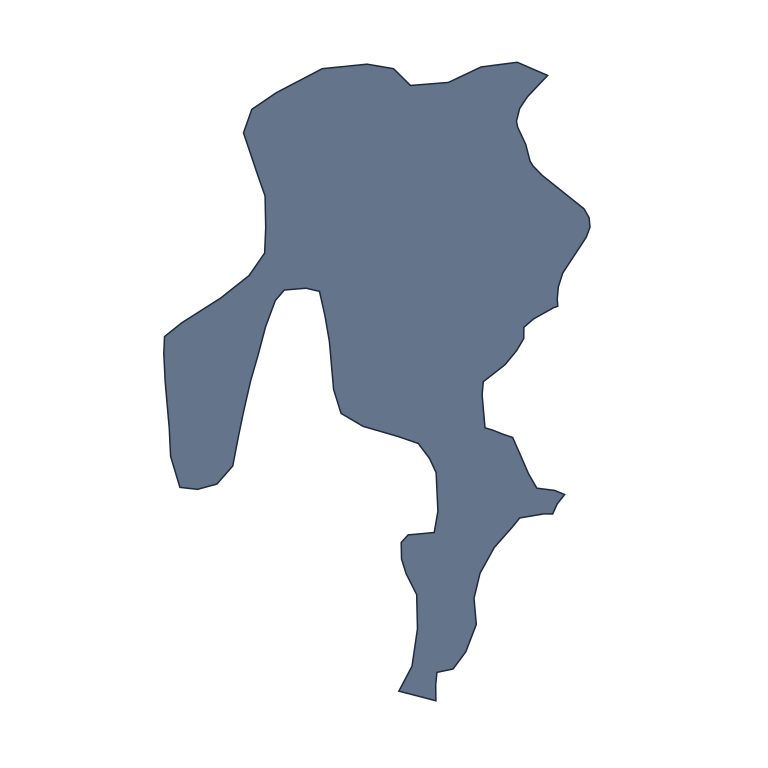 SVG path tracing the border of Doboj, rotated 85°
{"feature_id": "BIH-4801", "entity_name": "Doboj", "entity_type": "state/province", "adm_level": 1, "iso_a3": "BIH", "parent_name": "Bosnia and Herzegovina", "parent_adm1": "", "projection": "robinson", "projection_center": [18.222, 44.862], "detail": "fine", "context": "isolated", "style": "filled", "palette": "slate", "viewbox_px": 768, "rotation_deg": 85, "n_neighbors": 0, "source": "natural_earth", "source_scale": "10m", "svg_char_len": 1431}
<svg xmlns="http://www.w3.org/2000/svg" viewBox="0 0 768 768"><g transform="rotate(85 384 384)"><path d="M90.9,194.1L110.3,216.0L121.3,224.8L133.6,229.1L139.7,228.5L157.7,221.9L174.5,219.1L179.7,216.6L189.8,208.4L227.0,169.4L236.1,165.2L245.7,165.1L255.4,169.7L289.1,196.3L302.6,201.9L314.5,204.0L321.7,204.1L321.8,204.4L322.8,208.5L332.2,229.3L339.7,239.7L350.9,240.8L362.2,248.9L375.3,261.7L390.4,284.9L403.5,287.2L423.2,287.2L436.4,287.2L439.2,280.2L443.9,270.9L448.5,260.5L465.4,254.7L486.1,247.8L501.1,240.8L504.8,223.5L509.9,213.7L518.6,221.9L528.2,227.3L527.3,236.2L529.3,260.5L537.7,268.6L556.5,288.4L580.9,304.8L605.3,313.0L631.6,313.0L658.0,325.9L673.9,340.0L675.9,356.4L688.1,358.7L704.1,359.9L691.3,396.0L667.6,380.7L630.8,372.0L596.7,369.8L574.9,378.5L560.0,381.8L543.4,380.7L536.4,373.1L536.4,364.3L536.3,346.9L515.4,341.4L476.8,339.8L462.0,345.2L446.2,355.1L437.5,374.7L424.4,408.5L409.6,429.3L385.0,434.7L336.9,434.7L310.7,436.9L286.1,440.2L281.8,453.3L281.7,475.1L291.4,485.0L316.7,497.0L343.9,506.8L369.3,516.6L399.9,526.5L425.3,534.1L452.5,541.8L469.1,559.2L472.7,578.9L469.2,596.3L437.6,602.9L409.6,601.8L362.3,601.8L334.2,600.7L317.6,598.5L305.3,580.0L284.3,539.5L264.2,509.0L243.2,491.5L217.8,488.2L186.3,486.1L165.3,491.5L121.6,502.1L98.9,491.8L84.4,465.9L64.5,418.1L63.9,373.0L70.7,347.0L88.9,331.6L89.2,293.6L76.6,259.6L75.1,223.2L90.9,194.1Z" fill="#64748b" stroke="#1e293b" stroke-width="1.5"/></g></svg>